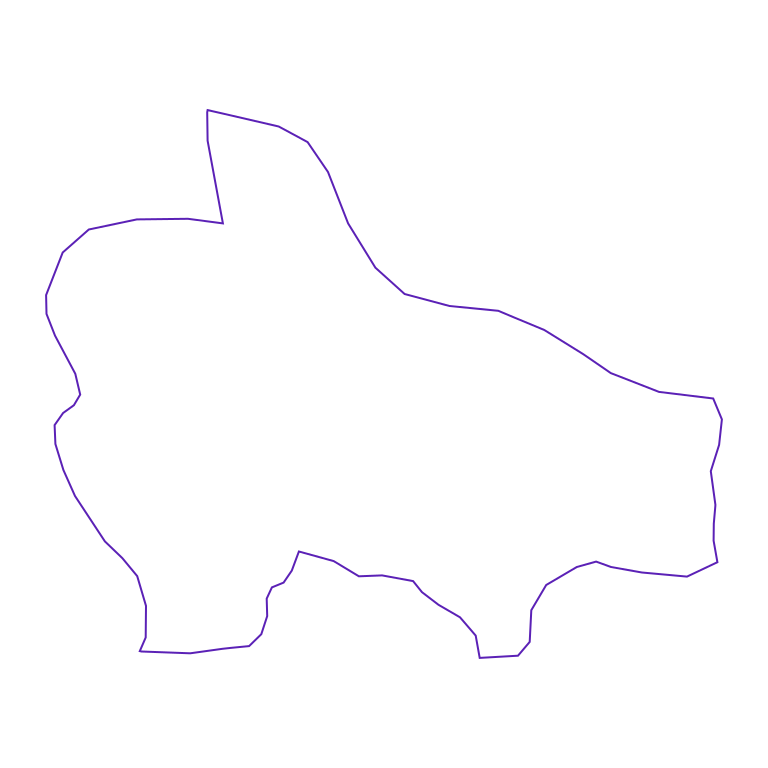 map outline of Nikšic (Natural Earth projection)
{"feature_id": "MNE-1514", "entity_name": "Nikšic", "entity_type": "Municipality", "adm_level": 1, "iso_a3": "MNE", "parent_name": "Montenegro", "parent_adm1": "", "projection": "natural_earth1", "projection_center": [18.786, 42.872], "detail": "fine", "context": "isolated", "style": "outline", "palette": "violet", "viewbox_px": 768, "rotation_deg": 0, "n_neighbors": 0, "source": "natural_earth", "source_scale": "10m", "svg_char_len": 1062}
<svg xmlns="http://www.w3.org/2000/svg" viewBox="0 0 768 768"><path d="M222.9,223.4L207.6,140.7L207.2,112.3L207.6,110.1L223.0,113.6L278.7,126.5L307.6,142.1L328.0,172.0L348.1,223.4L375.4,267.7L404.6,294.0L449.4,306.0L498.3,310.8L514.7,317.7L544.3,330.0L583.3,354.2L610.8,373.1L659.0,391.9L713.2,398.5L721.9,419.4L719.1,444.9L710.8,471.2L715.4,504.8L715.3,506.5L713.8,523.6L713.6,540.7L717.4,562.2L687.0,576.6L641.9,572.5L611.0,567.0L596.1,561.6L576.8,567.0L546.2,585.0L531.3,610.2L529.7,641.9L518.0,655.7L479.7,657.9L475.7,635.6L460.0,617.3L438.5,604.8L422.0,592.2L413.1,581.1L382.1,575.4L358.9,576.3L333.7,561.1L298.9,551.5L291.8,570.6L283.6,582.6L271.9,587.4L266.7,598.6L267.2,616.1L261.3,634.2L249.1,646.1L230.7,647.9L222.5,648.8L190.2,653.3L141.4,651.5L139.8,651.1L145.7,637.5L146.0,605.9L137.2,576.1L122.4,558.2L104.9,541.4L75.0,496.0L63.4,470.0L55.4,444.0L54.6,425.1L63.1,413.0L73.9,405.2L80.2,394.6L75.3,373.8L55.0,335.6L46.5,313.9L46.1,295.1L62.7,252.5L88.8,229.5L136.9,219.4L188.0,218.8L222.9,223.4Z" fill="none" stroke="#5b21b6" stroke-width="2"/></svg>